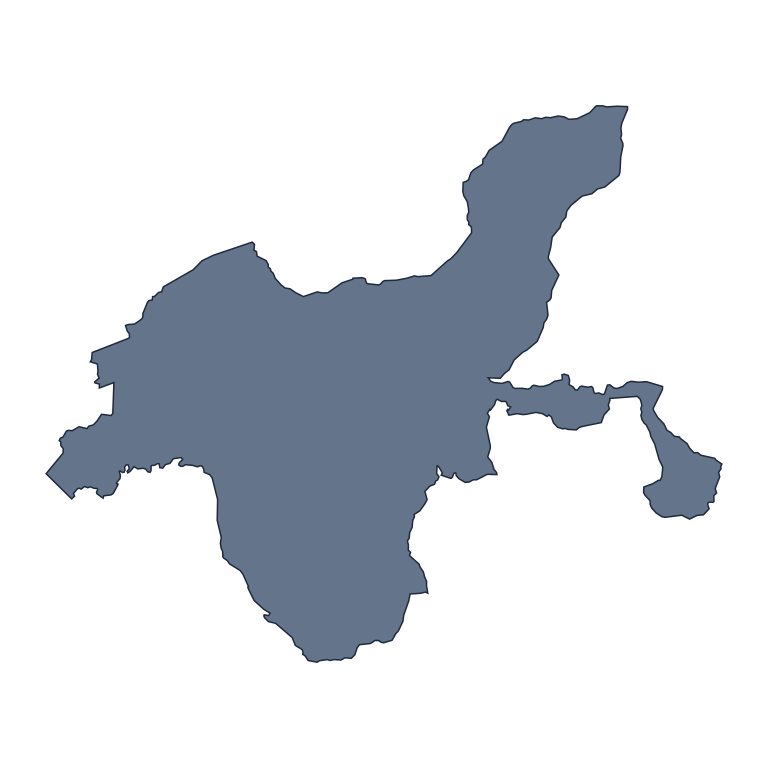 Pasaje, El Oro, Ecuador
{"feature_id": "8360857B52243980096662", "entity_name": "Pasaje", "entity_type": "district", "adm_level": 2, "iso_a3": "ECU", "parent_name": "Ecuador", "parent_adm1": "El Oro", "projection": "mercator", "projection_center": [-79.713, -3.323], "detail": "fine", "context": "isolated", "style": "filled", "palette": "slate", "viewbox_px": 768, "rotation_deg": 0, "n_neighbors": 0, "source": "geoboundaries", "source_scale": "gbopen_adm2", "svg_char_len": 6079}
<svg xmlns="http://www.w3.org/2000/svg" viewBox="0 0 768 768"><path d="M351.3,658.3L354.9,654.7L357.1,647.9L359.5,644.7L370.5,643.5L375.0,640.5L378.5,640.5L381.2,642.3L383.5,642.8L392.0,640.3L395.9,633.6L398.4,630.9L403.0,621.1L403.7,615.3L408.7,601.0L410.1,594.0L420.4,593.3L425.5,592.1L427.8,593.2L426.5,585.6L426.6,581.3L424.6,576.9L423.4,572.0L420.1,567.1L419.1,564.2L409.5,555.5L410.5,552.3L408.3,550.1L408.4,544.9L407.4,540.8L409.2,538.3L409.7,532.6L412.2,527.2L412.7,520.7L414.5,516.6L414.1,514.5L419.8,510.9L424.9,503.8L427.1,499.5L424.9,491.5L429.7,486.2L434.6,484.2L435.5,481.2L437.7,479.9L439.0,476.8L436.7,473.6L437.0,466.0L437.7,465.8L439.5,467.9L442.3,472.9L441.2,475.2L450.8,478.4L452.3,477.4L453.8,473.4L455.2,472.8L455.9,473.1L456.2,475.6L458.8,478.6L465.1,482.4L469.2,482.0L473.3,479.8L476.6,479.8L487.3,474.3L496.9,474.6L496.6,472.6L494.0,469.3L491.7,462.1L487.7,457.0L490.3,448.3L490.3,445.6L486.4,427.2L489.4,416.6L487.4,413.4L489.7,409.3L490.5,410.1L494.5,404.7L495.9,400.4L497.4,399.3L501.4,401.5L505.3,401.4L506.3,402.0L507.8,405.8L510.7,406.9L508.6,410.1L507.7,409.3L506.8,410.7L508.9,415.2L517.0,413.7L523.1,414.6L526.3,414.3L535.9,412.4L542.5,413.7L547.1,416.5L548.8,414.9L551.3,416.9L553.5,422.9L557.5,427.2L562.8,428.9L565.0,428.4L567.9,429.4L576.4,429.9L579.0,427.6L582.1,426.5L601.3,422.6L604.0,415.0L609.4,409.0L608.3,404.9L609.9,400.4L609.8,398.4L637.3,396.4L640.3,399.4L641.5,403.6L641.8,405.5L640.8,408.6L641.8,412.4L640.9,415.4L641.9,419.4L644.0,423.0L646.1,424.8L649.8,431.9L650.8,436.3L654.8,444.3L659.0,459.3L662.8,467.2L661.8,477.0L660.0,480.3L658.3,480.4L652.6,483.8L643.8,487.0L643.6,492.6L645.1,495.4L650.1,500.7L650.1,504.1L651.5,507.8L656.1,512.9L661.9,516.7L665.1,517.3L681.8,515.2L689.6,519.1L697.3,515.3L703.5,514.8L709.1,508.8L707.6,504.3L708.0,502.9L709.7,502.1L713.0,502.3L714.0,501.4L713.8,495.6L716.6,493.0L715.2,488.5L719.7,476.9L718.6,472.3L721.0,468.7L720.8,466.4L721.9,464.1L715.9,460.0L714.7,458.3L700.9,455.2L697.6,452.6L693.9,452.8L689.5,448.0L687.1,443.6L680.1,438.2L679.6,437.0L674.3,436.3L670.8,432.5L667.0,430.3L663.8,423.7L657.8,417.6L653.7,410.6L653.2,408.4L662.4,389.7L662.6,386.5L646.6,381.7L638.6,382.2L631.1,381.3L627.0,382.7L623.1,386.3L617.1,388.5L614.0,388.0L609.9,384.8L607.4,385.1L604.4,394.0L602.5,394.5L598.7,392.9L595.8,393.5L594.1,392.9L592.9,387.9L591.6,386.5L588.0,387.2L581.6,386.1L579.9,386.8L577.4,390.0L575.3,389.8L572.9,386.8L569.1,384.6L569.6,380.0L568.3,375.5L564.3,374.1L561.9,374.8L562.4,378.7L561.7,380.0L554.6,381.2L549.7,384.4L543.6,386.3L539.3,386.5L533.8,385.2L532.1,386.0L530.2,388.3L527.9,389.1L522.2,388.3L515.0,388.4L513.1,387.6L509.7,382.1L508.0,381.5L502.1,383.4L493.8,382.5L490.8,381.2L488.2,377.8L500.3,378.3L504.5,373.4L509.1,369.8L514.1,360.0L522.9,352.1L526.7,350.2L537.2,341.4L543.1,327.8L544.0,322.8L546.6,319.2L548.0,315.2L546.6,302.3L549.6,300.2L551.1,297.8L551.7,290.5L558.9,275.0L548.6,259.1L548.3,256.6L550.7,247.4L552.2,237.0L560.0,227.6L561.3,222.7L565.9,217.0L566.8,210.9L571.0,205.3L582.1,196.1L591.9,193.7L597.7,188.9L604.8,187.0L618.9,175.5L619.9,172.5L620.8,156.5L623.0,145.7L622.8,143.3L620.6,138.1L621.6,134.7L620.9,128.2L621.8,123.2L627.6,109.3L627.5,106.6L617.0,106.2L606.8,106.9L602.8,105.8L596.3,105.8L589.7,112.7L577.0,118.8L568.9,119.3L564.3,116.9L558.0,116.0L550.5,117.7L545.7,117.3L541.5,118.7L535.2,117.8L528.9,120.0L523.4,119.8L521.6,121.4L513.9,123.2L512.0,124.3L509.6,127.2L502.0,141.3L489.2,150.3L485.4,157.0L483.0,159.1L482.6,164.1L473.8,169.7L470.9,172.6L468.6,179.6L466.1,181.5L463.2,182.3L462.8,191.3L463.8,195.8L467.2,201.5L468.3,207.5L468.8,212.0L467.2,215.7L467.3,219.6L468.8,222.0L468.7,224.6L471.4,227.0L471.6,232.8L456.5,252.9L450.6,258.9L447.2,261.1L431.0,275.6L418.0,276.6L414.3,275.9L407.0,278.2L396.4,280.2L384.6,280.6L382.8,281.5L380.4,284.2L378.3,284.9L367.5,283.7L366.4,282.9L365.2,278.7L362.0,277.7L352.9,278.2L352.9,279.2L342.0,282.8L327.8,292.8L321.9,292.9L317.2,291.9L303.4,296.6L295.5,292.6L290.0,288.8L285.0,288.0L280.9,284.7L275.1,278.2L273.3,273.4L270.8,270.9L270.4,268.8L268.3,267.1L268.2,264.4L266.1,260.6L257.2,256.2L256.4,251.5L254.0,250.3L254.5,244.4L252.2,242.1L213.3,255.3L202.1,260.7L193.1,269.8L163.3,286.9L161.6,291.8L158.6,292.4L154.5,296.5L152.6,296.6L152.2,300.0L149.0,300.6L147.6,302.0L142.9,313.5L142.9,317.2L141.5,319.2L134.5,324.1L128.3,324.5L125.5,325.5L127.4,331.3L129.3,333.7L129.5,337.4L128.8,338.2L92.2,352.5L91.6,359.6L90.3,361.8L97.4,364.0L98.0,371.9L97.5,374.4L99.1,378.1L94.7,381.8L95.0,382.9L99.4,384.1L99.3,388.0L113.9,382.6L112.8,413.4L111.2,415.5L101.5,414.3L97.0,421.1L93.3,424.9L88.9,426.1L87.0,428.6L79.1,426.7L72.2,430.7L68.6,430.3L66.4,431.1L63.1,436.9L60.3,438.2L59.2,440.7L60.8,441.9L60.8,445.6L63.3,448.7L63.0,453.2L46.1,473.7L71.7,498.9L74.6,496.1L73.4,493.6L77.5,488.7L79.0,488.2L81.2,489.1L84.5,486.5L87.7,487.7L90.6,486.8L94.0,488.3L97.2,488.5L97.7,490.0L96.5,491.9L96.9,493.7L103.1,498.2L103.8,495.8L111.0,494.9L113.2,493.5L118.0,484.7L117.9,483.9L116.5,483.7L116.6,482.6L120.0,478.6L120.4,475.6L119.3,471.3L120.1,470.9L122.6,472.5L124.0,472.3L125.0,470.2L124.6,467.0L126.5,464.7L128.1,464.9L129.1,467.6L129.1,468.9L127.1,471.3L127.8,472.9L130.1,471.4L134.0,466.7L137.8,468.9L143.2,468.3L145.9,469.2L147.7,471.8L150.1,472.3L151.0,470.7L151.1,466.1L151.8,465.5L155.0,465.2L157.0,463.8L159.0,463.6L159.9,467.7L162.8,468.1L165.4,464.6L169.9,463.4L173.4,458.7L181.1,457.6L182.7,459.5L179.5,462.4L178.8,464.2L179.1,465.4L180.8,466.3L182.7,466.3L185.5,464.7L192.7,465.4L197.3,466.8L200.5,465.8L202.1,466.2L203.7,469.1L204.1,472.3L209.8,474.7L212.2,478.0L217.6,499.5L217.2,520.3L221.3,537.6L220.4,543.2L221.1,548.2L222.7,551.5L222.8,556.7L223.7,558.1L227.4,560.6L229.4,563.8L240.3,570.6L243.0,574.3L248.5,586.6L247.8,587.2L248.5,589.1L254.1,600.5L263.9,609.4L270.1,613.2L268.5,615.6L264.3,614.8L263.8,615.8L264.6,617.8L268.4,621.6L275.6,623.3L292.2,637.6L295.4,645.5L302.1,649.5L303.1,652.3L302.7,654.3L305.1,655.9L308.1,660.5L317.1,662.2L319.6,660.7L327.5,659.6L329.8,660.5L333.7,659.6L341.1,660.0L344.9,657.8L351.3,658.3Z" fill="#64748b" stroke="#1e293b" stroke-width="1.5"/></svg>